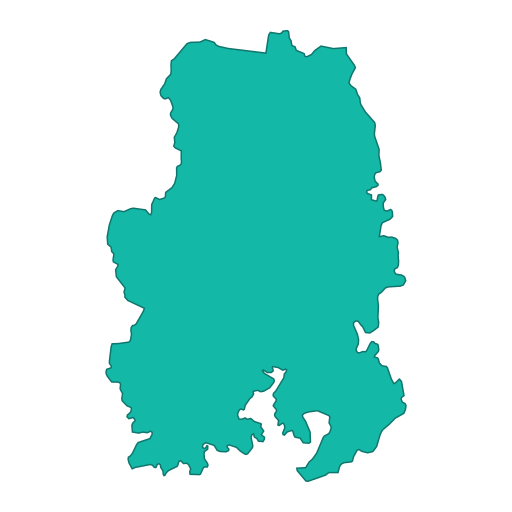 outline of Udmurt
{"feature_id": "RUS-2387", "entity_name": "Udmurt", "entity_type": "Republic", "adm_level": 1, "iso_a3": "RUS", "parent_name": "Russia", "parent_adm1": "", "projection": "albers", "projection_center": [52.789, 57.2], "detail": "fine", "context": "isolated", "style": "filled", "palette": "teal", "viewbox_px": 512, "rotation_deg": 0, "n_neighbors": 0, "source": "natural_earth", "source_scale": "10m", "svg_char_len": 6076}
<svg xmlns="http://www.w3.org/2000/svg" viewBox="0 0 512 512"><path d="M404.0,395.6L401.6,397.4L401.1,399.0L402.3,402.2L405.0,403.5L406.0,405.5L405.4,409.7L403.8,413.4L395.3,418.1L389.0,424.5L382.8,429.7L381.2,432.2L379.8,435.7L376.6,446.6L372.8,451.6L367.5,452.8L361.8,451.3L358.9,449.5L357.1,450.2L353.6,456.7L352.4,461.1L351.6,461.8L344.0,462.7L341.6,463.9L340.1,465.5L339.3,467.6L338.0,472.6L328.8,472.6L325.6,475.1L307.9,481.3L305.9,481.0L297.2,470.6L296.8,468.2L305.6,467.7L309.2,461.9L312.3,459.3L316.6,453.3L323.2,437.6L324.3,436.1L328.8,433.6L330.1,431.5L331.2,427.5L330.8,425.9L329.1,423.0L329.8,416.6L328.5,415.4L317.3,410.7L308.2,412.0L304.4,413.3L302.7,414.7L302.4,415.5L302.8,417.1L305.5,421.2L310.1,432.1L310.5,442.0L309.0,443.2L303.2,442.8L300.2,438.2L295.0,437.1L293.8,434.9L293.0,431.6L292.1,430.4L287.3,431.9L284.4,435.1L283.1,434.6L282.7,433.0L284.8,427.8L284.4,425.2L283.6,423.6L282.6,423.1L279.1,425.5L277.9,425.0L278.6,420.5L275.2,416.7L274.6,415.1L274.9,413.4L276.4,411.4L276.4,409.6L273.4,406.1L273.3,405.3L276.0,401.0L276.3,399.3L273.3,396.0L273.1,395.0L273.6,393.2L275.8,391.0L283.8,377.8L284.4,373.6L285.8,372.6L286.6,369.9L285.7,369.1L282.8,370.2L278.1,367.5L272.7,366.6L272.3,367.8L273.0,369.4L273.1,371.0L271.3,372.5L267.4,372.5L263.3,370.0L262.4,370.7L264.1,373.2L273.8,379.0L274.3,381.0L273.6,382.7L269.8,387.7L263.7,391.2L260.5,391.7L257.7,390.3L253.4,391.3L253.1,391.9L253.6,394.0L252.1,396.8L250.1,398.3L245.3,405.2L244.3,409.3L243.3,410.0L241.4,409.0L240.0,409.4L238.6,411.2L237.6,413.9L237.8,415.9L239.2,419.2L241.6,419.2L245.3,417.9L247.0,419.3L250.8,418.5L254.5,421.6L261.0,423.7L261.3,424.4L260.7,426.8L263.7,431.0L261.3,434.9L264.5,437.2L264.4,439.2L263.0,441.6L258.5,441.2L256.8,438.4L254.4,437.1L253.5,433.9L252.0,434.6L251.2,436.8L251.2,438.0L252.8,446.0L252.4,447.7L247.7,453.7L246.3,454.4L244.5,453.9L240.1,450.9L236.5,447.4L229.2,444.9L227.0,446.0L227.3,447.3L228.9,449.2L228.5,450.7L226.0,451.8L220.1,451.5L217.2,450.4L214.2,445.4L206.0,442.7L203.2,444.3L202.5,446.2L202.7,447.5L204.2,448.5L205.7,447.9L206.9,445.6L207.8,446.2L207.6,449.3L204.5,451.5L204.0,453.8L204.4,458.8L207.4,463.2L208.0,465.3L207.2,467.0L204.7,466.9L203.4,467.7L200.4,474.2L199.4,474.6L190.1,474.3L189.7,472.0L190.7,468.9L188.6,464.6L186.8,463.3L183.4,463.5L180.7,460.7L178.9,461.4L177.6,465.8L176.9,466.5L168.5,470.6L166.4,472.6L164.8,475.4L164.0,475.6L163.3,474.4L162.9,470.8L160.7,467.3L160.4,464.7L159.0,463.7L157.2,464.4L156.1,467.3L155.4,467.6L154.0,467.1L152.5,465.2L150.2,464.5L135.3,467.4L132.2,468.8L128.9,462.7L128.1,459.0L128.4,457.2L130.4,455.9L132.5,453.2L136.6,444.6L138.2,442.5L149.9,438.6L152.1,434.4L152.2,432.4L150.4,431.2L147.4,432.7L142.6,432.1L138.7,433.1L132.4,432.0L131.9,425.3L132.7,423.1L135.2,420.6L135.1,419.9L133.2,417.5L128.9,418.7L127.0,416.8L127.4,415.0L129.9,412.9L131.1,410.9L131.4,408.6L131.1,407.5L127.0,405.8L122.2,400.8L121.8,398.6L122.6,393.6L120.4,389.5L120.1,388.4L120.6,384.6L119.9,382.8L118.2,382.1L111.7,382.0L107.4,376.4L106.2,373.8L106.0,371.7L106.7,369.3L110.9,367.9L111.4,366.9L111.3,366.1L109.5,363.5L109.4,361.4L111.1,347.0L112.1,343.8L118.2,343.6L128.9,342.1L130.4,340.4L131.5,334.5L130.9,330.3L131.2,327.5L132.5,325.6L134.3,325.3L136.1,324.0L143.4,311.2L144.4,308.3L127.9,300.5L124.9,297.2L125.0,295.2L124.0,292.1L125.1,288.0L116.4,276.8L115.6,269.7L117.7,266.5L118.1,264.4L113.4,261.9L113.0,260.0L113.9,254.0L111.7,251.5L111.1,247.1L107.7,244.3L107.2,236.7L109.4,224.7L112.3,215.9L113.7,213.1L117.8,210.6L123.9,211.7L130.4,208.8L133.3,208.2L145.5,209.9L149.3,214.4L150.9,214.7L151.6,212.1L151.7,204.6L154.7,198.0L155.4,197.5L159.6,199.5L164.6,197.9L165.4,196.6L165.7,192.4L172.0,187.6L174.7,183.3L176.7,175.4L176.6,167.7L177.4,166.4L180.3,165.0L181.1,164.0L181.5,162.0L181.2,158.7L181.3,150.9L175.1,147.8L173.8,146.2L174.8,142.4L174.3,137.3L176.8,132.9L178.6,127.3L178.7,125.0L178.4,123.7L172.2,118.5L170.5,115.3L170.6,113.1L172.9,109.1L173.0,107.1L170.5,100.1L168.3,97.6L165.3,98.9L163.5,98.4L161.0,95.7L160.1,92.4L160.8,89.5L164.8,83.7L166.4,78.8L170.8,74.2L171.2,70.4L171.0,64.8L171.4,60.8L174.2,58.9L187.0,43.7L190.4,42.4L200.0,42.1L205.3,39.6L213.5,42.1L214.5,42.7L215.8,44.8L218.4,46.3L228.2,48.5L265.9,53.1L268.5,36.1L269.1,34.2L270.4,32.4L279.4,33.8L281.6,33.0L283.1,31.1L287.6,30.7L288.6,31.8L289.3,38.0L291.1,40.8L291.8,45.4L295.2,47.0L296.1,50.0L296.9,50.6L304.1,53.6L304.8,56.0L305.5,56.6L307.2,56.6L311.5,54.5L314.7,50.6L321.0,46.1L333.3,48.6L346.2,47.6L346.4,53.9L354.4,65.3L355.4,67.7L351.9,74.1L349.9,79.4L349.0,83.1L351.2,85.9L355.8,89.3L357.5,94.4L359.7,97.8L360.3,102.7L360.9,104.6L365.4,112.0L374.7,122.6L375.3,125.6L374.4,133.4L374.6,136.2L379.1,149.4L378.9,155.9L380.3,162.2L381.3,170.0L380.1,171.6L375.9,172.8L374.8,174.2L374.2,176.9L375.1,181.2L378.1,184.1L378.0,185.3L376.2,186.7L371.9,187.8L370.3,189.8L367.4,190.3L366.9,190.7L366.8,192.6L367.3,193.4L371.5,195.0L371.4,199.7L376.1,201.1L377.1,200.5L377.8,196.4L378.5,194.9L382.0,194.4L383.6,195.2L385.0,197.2L385.7,199.5L383.1,203.2L383.5,207.9L384.3,210.3L386.9,211.1L390.5,209.5L391.8,210.4L392.4,212.2L392.6,216.6L390.0,219.2L382.4,222.7L381.1,225.6L379.3,236.7L383.7,235.7L388.2,237.3L391.9,237.1L395.7,238.4L397.5,240.1L398.0,243.0L397.1,247.3L398.5,252.9L398.1,255.2L398.6,261.2L398.4,264.9L397.5,267.5L394.6,269.0L394.3,270.9L394.7,272.4L396.0,274.2L401.4,275.0L403.8,276.3L404.8,277.5L405.7,280.8L403.4,284.9L400.5,286.1L388.2,286.9L385.4,287.9L381.4,292.3L378.5,294.3L377.6,297.2L377.6,299.3L378.4,305.8L377.9,317.9L378.7,322.5L378.2,327.0L374.3,330.1L369.8,333.0L365.5,332.5L362.4,326.2L361.6,325.9L358.2,321.3L355.9,320.9L353.6,322.6L353.5,325.4L357.3,334.0L358.6,339.6L358.3,344.0L356.4,348.1L356.1,349.7L356.6,351.3L357.7,352.6L359.6,352.9L362.5,351.6L365.6,351.7L366.7,350.6L370.2,343.5L371.8,341.6L373.8,341.9L374.6,343.3L377.4,344.2L378.1,345.0L378.8,349.7L378.3,351.5L374.7,355.7L374.4,357.0L377.5,357.9L378.3,358.9L379.4,363.1L382.0,365.8L386.3,366.5L387.4,367.7L391.4,379.2L393.8,383.6L395.8,382.6L399.3,379.1L400.5,380.2L401.5,381.5L404.0,395.6Z" fill="#14b8a6" stroke="#0f766e" stroke-width="1.5"/></svg>